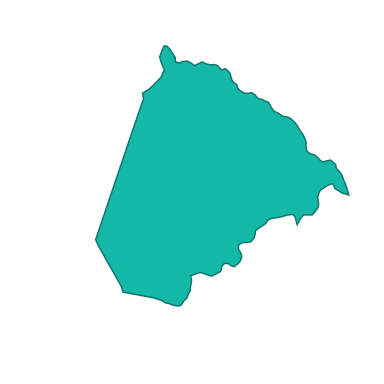 the district of Turvânia, Goiás, Brazil, rotated 132°
{"feature_id": "56859067B2101110431814", "entity_name": "Turvânia", "entity_type": "district", "adm_level": 2, "iso_a3": "BRA", "parent_name": "Brazil", "parent_adm1": "Goiás", "projection": "albers", "projection_center": [-50.164, -16.578], "detail": "fine", "context": "isolated", "style": "filled", "palette": "teal", "viewbox_px": 384, "rotation_deg": 132, "n_neighbors": 0, "source": "geoboundaries", "source_scale": "gbopen_adm2", "svg_char_len": 1923}
<svg xmlns="http://www.w3.org/2000/svg" viewBox="0 0 384 384"><g transform="rotate(132 192 192)"><path d="M145.9,91.9L140.0,93.4L134.4,93.8L128.7,87.4L124.4,87.3L119.5,87.9L116.1,89.9L111.7,95.2L107.0,97.4L104.0,97.7L99.1,96.5L94.0,94.7L91.5,92.5L93.7,88.1L92.3,79.8L89.3,73.5L83.3,83.4L81.6,87.3L79.2,91.7L78.1,96.4L78.0,100.2L75.5,103.7L75.5,107.5L75.8,110.7L82.4,115.0L82.6,119.0L82.1,122.1L82.7,126.4L84.5,129.4L84.8,134.1L81.4,138.2L78.4,140.7L75.1,147.6L74.0,152.9L72.2,158.4L71.5,162.1L71.4,167.2L72.4,171.2L74.9,174.9L75.4,177.9L75.7,180.7L77.0,184.4L76.5,188.6L75.2,191.9L74.2,195.3L75.6,198.8L76.3,201.5L78.3,205.7L77.6,210.3L78.2,214.2L81.3,216.3L83.4,219.2L84.6,224.4L84.1,227.6L82.2,231.0L82.8,234.8L81.8,237.8L78.1,243.5L78.0,246.3L78.0,249.7L81.5,251.5L81.2,255.5L81.2,258.5L82.6,260.9L84.9,263.1L87.1,266.7L88.5,271.5L93.0,273.3L96.4,274.7L97.0,280.2L98.2,283.5L101.5,286.3L105.2,288.2L106.1,291.8L103.2,294.6L102.5,297.7L101.6,300.7L100.5,304.5L100.5,308.5L102.2,310.5L107.8,308.6L113.3,306.4L116.6,301.1L119.6,294.5L127.3,291.8L136.7,292.1L145.0,292.8L151.6,294.9L155.6,290.0L159.9,288.5L195.6,273.2L291.9,231.7L294.9,224.9L309.6,180.9L312.6,176.3L296.4,149.8L292.8,141.9L292.2,137.6L290.5,135.1L289.1,131.2L286.7,126.9L284.1,124.5L281.4,124.7L278.0,125.2L274.2,124.8L270.4,126.4L266.4,127.3L264.3,129.2L261.3,131.0L257.7,133.4L255.2,136.9L251.5,135.1L247.9,133.1L245.8,131.2L244.4,128.2L242.9,124.2L241.1,120.9L236.1,119.1L232.1,117.5L229.7,118.5L227.3,120.1L223.0,120.0L220.8,116.6L220.6,113.8L219.6,110.8L216.4,110.2L213.6,109.7L210.6,110.0L206.3,112.1L204.5,115.5L203.5,119.1L200.2,122.0L196.2,120.9L192.9,117.6L189.4,114.8L184.3,115.2L180.6,117.2L178.4,118.9L174.9,118.3L170.8,117.3L166.4,116.1L162.6,116.9L160.0,116.0L157.2,114.4L154.8,112.1L152.5,110.4L149.4,108.1L145.9,106.2L142.8,103.5L140.9,101.3L141.8,98.1L143.8,95.3L145.9,91.9Z" fill="#14b8a6" stroke="#0f766e" stroke-width="1.5"/></g></svg>